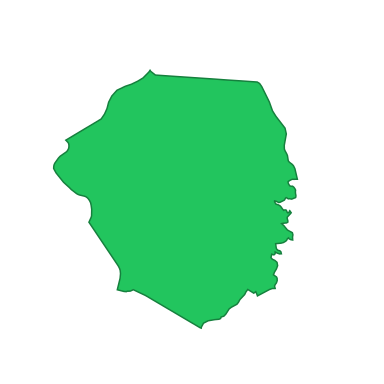 the border of Atakora, rotated 147°
{"feature_id": "BEN-2181", "entity_name": "Atakora", "entity_type": "Department", "adm_level": 1, "iso_a3": "BEN", "parent_name": "Benin", "parent_adm1": "", "projection": "robinson", "projection_center": [1.484, 10.71], "detail": "fine", "context": "isolated", "style": "filled", "palette": "green", "viewbox_px": 384, "rotation_deg": 147, "n_neighbors": 0, "source": "natural_earth", "source_scale": "10m", "svg_char_len": 2743}
<svg xmlns="http://www.w3.org/2000/svg" viewBox="0 0 384 384"><g transform="rotate(147 192 192)"><path d="M253.8,75.7L257.7,73.6L258.4,72.8L259.1,73.7L287.4,130.6L294.5,142.1L295.9,142.2L297.7,142.5L299.0,143.2L299.7,143.7L300.4,144.1L301.1,144.1L301.5,144.3L303.2,145.6L307.9,150.7L299.3,158.8L296.4,162.5L294.9,165.4L294.4,167.4L294.1,170.2L294.9,222.8L293.3,223.8L290.2,225.8L289.7,226.3L289.3,226.6L285.6,232.0L283.9,235.6L282.9,238.2L282.6,240.6L282.7,243.1L282.9,244.0L283.0,244.4L283.5,245.7L284.4,247.0L288.1,250.9L289.0,252.2L289.7,253.5L291.9,259.8L292.4,262.4L294.4,270.0L295.6,281.8L295.4,285.1L295.2,287.1L294.7,287.8L293.7,289.1L292.6,290.1L291.3,290.9L285.5,293.2L283.2,293.8L275.2,294.1L273.8,294.6L272.4,295.3L271.6,295.9L270.8,296.7L269.7,298.3L269.2,299.5L269.0,300.5L269.0,301.1L269.6,304.2L228.4,302.7L222.9,305.0L217.8,308.3L213.0,312.7L206.9,316.2L199.5,318.2L190.4,317.0L184.2,315.4L177.1,314.5L171.0,314.3L162.8,316.1L160.9,316.9L160.9,315.6L159.0,310.0L143.7,298.5L122.9,282.9L110.5,273.6L102.2,267.3L88.4,257.0L77.4,248.7L76.2,246.2L76.1,242.4L78.1,225.4L80.3,216.2L80.4,209.7L79.2,194.9L81.3,189.3L89.2,180.9L91.1,177.8L91.5,176.1L91.8,172.4L92.1,170.6L94.3,165.7L94.1,163.9L92.9,160.6L92.6,158.8L93.0,155.5L96.7,145.3L101.1,148.1L103.1,148.4L105.7,148.4L106.3,147.5L106.7,145.6L106.5,143.6L105.7,142.8L104.5,142.1L104.0,140.6L103.9,138.8L104.1,137.1L104.6,136.7L105.9,134.6L106.7,132.6L107.7,131.2L108.3,130.9L109.0,131.1L112.2,131.7L113.1,132.5L113.9,133.3L114.7,133.6L115.1,134.0L115.8,135.6L116.1,136.0L117.0,135.9L118.6,135.0L119.2,134.9L123.6,135.4L125.1,136.0L125.5,136.8L126.5,138.4L127.6,139.5L128.1,138.8L128.2,136.1L126.6,134.2L125.7,132.5L125.4,130.7L125.4,128.8L125.1,126.8L124.8,126.9L123.5,126.1L123.0,125.8L122.9,125.1L123.2,123.0L123.0,122.3L121.7,122.0L120.8,122.9L120.2,123.1L120.1,120.6L120.8,120.3L125.6,119.1L126.4,118.4L127.4,115.4L128.1,114.5L129.6,114.6L132.5,116.1L134.0,116.7L133.3,113.8L132.7,108.2L130.0,103.2L130.7,101.1L132.2,99.5L133.7,96.9L135.1,98.2L136.2,100.1L136.0,100.9L137.3,100.9L138.1,100.5L138.8,100.0L140.1,99.7L142.8,99.8L145.2,100.6L150.0,103.1L151.8,99.3L152.1,98.0L151.7,96.4L150.3,94.8L150.0,93.5L150.7,91.5L152.3,92.4L154.0,94.6L154.9,96.4L155.9,95.0L157.0,94.6L158.0,95.0L159.0,96.4L161.5,94.0L161.2,91.8L159.8,89.6L159.0,86.7L160.3,83.6L163.1,81.5L166.4,79.9L168.8,78.2L167.4,74.7L167.6,73.3L168.8,71.3L170.7,69.8L172.5,69.1L174.0,68.2L174.8,65.8L177.2,67.3L180.0,68.0L193.7,69.2L193.4,70.3L193.0,72.6L192.8,73.7L195.3,73.5L198.3,79.9L201.2,78.8L203.7,77.3L210.4,75.7L213.1,74.2L215.4,73.4L221.8,73.9L224.6,73.7L230.3,71.1L233.0,70.5L235.6,71.3L237.0,70.3L238.7,70.6L242.5,72.6L248.6,75.2L253.8,75.7Z" fill="#22c55e" stroke="#15803d" stroke-width="1.5"/></g></svg>